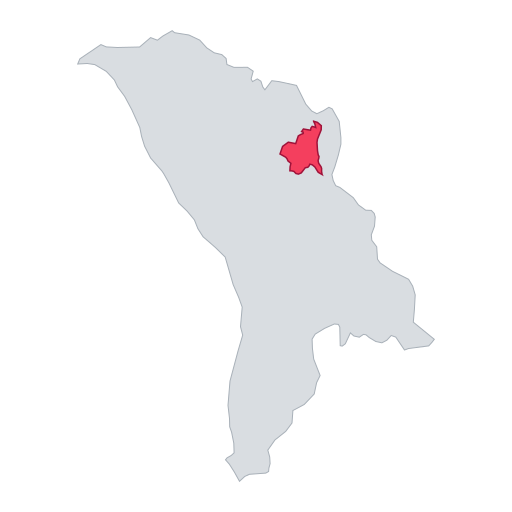 Rezina highlighted on a map of Moldova
{"feature_id": "MDA-1644", "entity_name": "Rezina", "entity_type": "District", "adm_level": 1, "iso_a3": "MDA", "parent_name": "Moldova", "parent_adm1": "", "projection": "mercator", "projection_center": [28.881, 47.706], "detail": "fine", "context": "in_parent", "style": "filled", "palette": "rose", "viewbox_px": 512, "rotation_deg": 0, "n_neighbors": 0, "source": "natural_earth", "source_scale": "10m", "svg_char_len": 2599}
<svg xmlns="http://www.w3.org/2000/svg" viewBox="0 0 512 512"><path d="M77.7,64.0L79.9,58.8L100.9,44.6L106.3,46.9L117.3,47.5L139.6,47.0L150.6,37.6L157.4,40.2L162.9,36.0L172.2,30.7L173.5,31.8L174.6,32.7L188.9,35.0L199.7,40.1L206.8,47.9L214.2,52.8L221.8,54.6L226.1,58.5L226.9,64.5L234.0,67.4L247.5,67.3L253.2,71.2L251.1,79.0L252.5,81.6L257.3,78.9L260.9,81.2L262.8,87.0L264.9,89.8L271.8,80.7L279.0,81.6L296.5,85.4L305.8,104.2L311.7,111.0L316.8,113.7L323.2,110.8L328.9,107.3L332.2,108.9L339.2,121.4L340.9,137.6L340.9,144.2L338.3,155.2L334.8,166.9L331.9,174.5L333.2,180.6L335.7,185.7L339.8,187.4L353.3,197.7L358.4,204.9L365.7,210.2L371.3,210.4L374.2,213.4L375.2,217.0L374.5,226.2L371.3,234.8L371.8,240.3L376.7,246.8L377.2,254.3L377.5,259.2L380.1,262.9L392.5,271.3L408.6,279.3L412.7,286.2L415.2,294.9L414.4,309.5L413.3,322.2L434.3,339.3L431.9,342.4L428.7,345.9L408.6,348.5L404.5,350.0L395.8,337.1L391.2,335.5L386.9,340.2L381.9,342.8L375.8,341.5L369.3,337.6L366.0,334.8L363.4,334.4L359.3,337.2L353.9,336.0L350.4,332.9L345.3,343.8L342.2,346.1L340.2,345.7L339.8,327.2L338.4,324.4L334.3,324.0L324.5,328.4L315.2,334.1L312.1,339.1L312.4,348.2L313.7,359.1L320.1,375.5L316.6,382.7L314.2,394.0L304.2,404.5L292.9,410.5L292.0,423.0L285.7,431.4L275.0,439.9L267.8,450.1L269.7,457.0L270.1,463.6L268.9,468.1L268.6,471.5L265.8,473.1L249.4,474.3L244.8,476.4L239.5,481.3L234.4,472.1L229.3,464.1L225.5,459.8L227.1,457.8L231.2,455.5L234.1,452.8L233.8,443.2L231.6,432.2L229.7,426.8L229.5,418.4L228.0,405.4L230.0,381.1L238.2,350.4L242.7,335.1L240.5,326.7L242.2,307.1L238.7,297.4L233.2,284.7L225.2,257.1L215.3,247.4L203.1,236.8L197.9,228.7L194.4,219.9L187.1,211.1L178.7,203.0L168.8,182.7L163.6,173.5L162.0,171.1L150.6,158.0L144.6,146.2L141.6,136.5L139.8,127.5L131.8,109.7L124.6,96.3L117.6,86.8L114.4,80.0L106.3,71.4L94.8,64.6L87.3,63.5L77.7,64.0Z" fill="#d9dde1" stroke="#a8b0b8" stroke-width="1"/><path d="M289.9,170.8L290.1,166.7L290.9,163.3L288.0,161.0L287.0,158.7L285.7,157.2L280.0,154.0L282.6,146.4L288.3,142.2L295.7,143.6L298.3,135.9L300.7,134.5L303.2,133.5L303.2,132.2L301.6,131.6L303.4,129.0L310.5,130.2L311.0,127.9L312.2,126.4L314.0,126.9L315.7,127.5L314.9,124.0L313.6,121.3L313.6,121.2L317.5,122.4L321.3,125.7L321.2,129.8L317.5,139.0L317.0,142.4L317.5,150.8L318.2,154.9L318.5,155.5L319.0,156.3L318.8,158.1L318.3,159.9L318.1,160.7L318.7,163.3L321.0,166.7L321.6,168.4L321.6,171.5L322.0,174.1L322.2,174.6L318.2,172.3L314.9,167.0L312.3,164.8L309.8,164.2L309.1,165.9L307.8,167.3L305.3,167.7L301.3,172.9L298.4,174.1L295.9,173.5L293.9,171.4L291.9,170.9L289.9,170.8Z" fill="#f43f5e" stroke="#9f1239" stroke-width="1.5"/></svg>